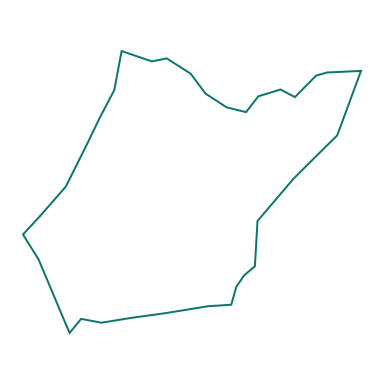 Kanem, Kanem, Chad (Equal Earth projection)
{"feature_id": "50815135B90270246712933", "entity_name": "Kanem", "entity_type": "district", "adm_level": 2, "iso_a3": "TCD", "parent_name": "Chad", "parent_adm1": "Kanem", "projection": "equal_earth", "projection_center": [15.3, 14.131], "detail": "fine", "context": "isolated", "style": "outline", "palette": "teal", "viewbox_px": 384, "rotation_deg": 0, "n_neighbors": 0, "source": "geoboundaries", "source_scale": "gbopen_adm2", "svg_char_len": 584}
<svg xmlns="http://www.w3.org/2000/svg" viewBox="0 0 384 384"><path d="M361.0,70.9L326.9,72.5L316.0,75.7L294.9,97.1L280.5,89.5L258.3,96.3L246.1,112.1L226.7,107.4L205.5,93.6L190.7,73.7L166.7,58.4L151.9,61.4L121.6,51.1L114.3,90.1L100.1,117.1L86.6,145.0L65.8,186.6L40.1,216.0L23.0,234.5L38.6,259.5L49.8,286.1L65.1,322.5L66.3,325.2L69.6,332.9L81.1,318.9L101.4,322.7L132.4,317.7L165.1,313.2L208.1,306.2L217.9,305.6L231.3,304.7L236.3,286.8L244.2,275.3L254.9,266.2L257.5,221.0L293.5,178.7L321.0,151.4L337.2,135.4L341.2,124.6L361.0,70.9Z" fill="none" stroke="#0f766e" stroke-width="2"/></svg>